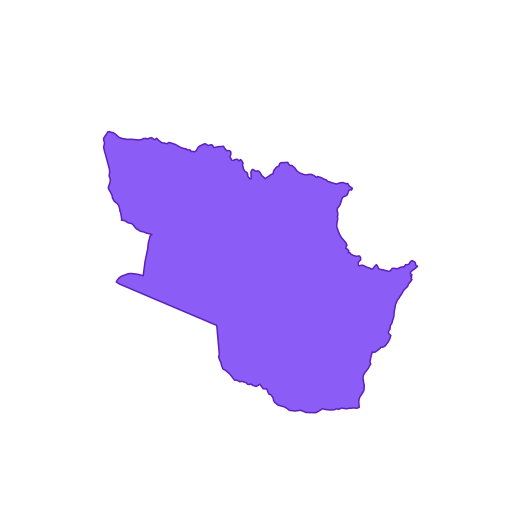 Togüí, Boyacá, Colombia (Natural Earth projection), rotated 149°
{"feature_id": "7082276B31863850614699", "entity_name": "Togüí", "entity_type": "district", "adm_level": 2, "iso_a3": "COL", "parent_name": "Colombia", "parent_adm1": "Boyacá", "projection": "natural_earth1", "projection_center": [-73.509, 5.918], "detail": "fine", "context": "isolated", "style": "filled", "palette": "violet", "viewbox_px": 512, "rotation_deg": 149, "n_neighbors": 0, "source": "geoboundaries", "source_scale": "gbopen_adm2", "svg_char_len": 6137}
<svg xmlns="http://www.w3.org/2000/svg" viewBox="0 0 512 512"><g transform="rotate(149 256 256)"><path d="M245.4,73.2L244.6,74.9L243.0,78.1L241.5,80.0L240.2,81.2L239.4,81.8L236.3,83.2L235.2,83.9L234.1,84.3L233.0,85.1L232.1,86.0L230.9,87.6L229.7,89.6L229.3,91.2L227.6,95.1L227.3,96.0L225.9,97.9L224.9,98.7L222.6,100.0L221.3,100.4L216.8,102.2L216.6,102.6L215.9,103.1L213.6,104.1L213.1,104.7L213.0,106.5L211.7,107.7L209.4,110.4L206.0,113.6L205.6,113.8L204.9,112.9L203.0,112.2L197.3,112.9L195.8,113.5L195.1,113.0L194.1,112.5L192.3,112.3L190.2,112.9L188.7,113.6L187.4,114.0L186.0,114.8L183.7,116.3L181.4,118.4L182.0,120.7L182.1,122.2L181.1,123.1L179.5,124.0L179.0,124.1L176.6,127.2L174.4,128.3L173.5,129.0L172.1,130.4L170.2,132.0L168.4,133.9L167.3,135.6L165.2,138.3L164.0,139.5L161.7,142.3L158.2,144.8L156.9,145.6L155.0,146.3L153.0,147.5L151.9,147.8L147.5,150.3L145.3,151.1L142.1,151.7L141.4,152.0L140.6,152.8L139.9,153.4L137.6,154.1L134.5,155.5L134.8,156.4L134.7,156.6L133.6,157.6L133.3,158.0L133.3,158.4L133.8,159.1L133.8,159.3L132.1,159.5L132.7,161.6L132.3,162.1L130.7,162.9L126.3,163.3L123.1,163.9L122.9,164.3L123.8,165.6L123.4,166.7L122.9,168.8L123.7,170.4L124.7,171.7L125.8,171.7L126.9,171.5L129.0,170.3L129.8,170.3L131.1,170.8L132.3,171.5L133.9,170.8L134.2,170.5L135.0,170.7L137.4,171.8L138.6,172.0L141.3,172.2L141.9,172.5L142.6,173.3L144.1,174.4L145.5,175.2L146.4,175.0L146.9,174.7L148.4,174.2L149.2,174.2L149.9,174.4L151.7,176.0L153.9,178.5L155.0,179.3L156.6,180.8L157.3,181.8L157.4,182.5L157.1,184.6L157.2,186.4L157.6,186.5L160.0,185.9L161.9,185.1L162.9,184.9L163.5,185.1L164.9,187.3L166.7,189.2L168.6,192.3L169.2,192.9L169.8,193.5L171.3,194.1L172.1,194.2L172.7,194.4L172.8,194.7L172.9,195.4L172.6,196.1L171.9,197.4L170.7,198.2L168.5,198.8L167.8,199.4L167.2,200.8L167.2,201.5L167.2,202.4L167.5,202.9L169.6,203.8L170.3,204.3L172.1,206.2L172.8,207.3L173.8,208.7L173.7,209.3L173.9,210.5L174.8,211.3L175.1,211.4L173.9,212.5L173.9,213.6L174.0,214.2L174.2,214.8L175.1,216.3L174.6,217.0L172.8,218.2L172.4,218.6L172.4,218.9L172.6,219.2L172.2,220.2L172.1,221.0L172.8,225.2L173.2,227.1L173.3,229.4L173.2,231.3L172.8,234.3L172.1,237.6L172.0,238.5L171.7,239.6L170.1,242.0L167.1,245.4L166.6,246.1L166.0,247.8L165.4,248.3L164.2,250.0L163.5,251.4L163.1,253.5L161.5,254.9L161.1,255.3L159.3,255.7L157.6,256.7L156.6,257.4L153.2,260.5L151.9,261.4L151.0,261.7L148.3,261.3L147.0,261.3L145.6,261.9L144.7,262.6L144.2,263.2L142.3,264.4L141.9,264.5L141.5,264.4L140.7,263.9L140.2,263.4L139.2,263.9L138.5,264.5L140.1,267.9L140.0,270.6L140.3,271.2L140.7,271.2L141.5,271.6L143.5,274.1L146.0,275.4L149.5,276.1L149.8,276.3L150.7,277.0L153.6,280.1L155.0,282.0L156.1,282.9L156.6,285.0L157.8,286.5L160.1,290.1L162.4,292.5L163.4,292.0L163.9,292.6L164.4,293.9L165.0,295.4L166.8,297.7L169.2,299.0L171.2,299.6L172.9,301.1L174.5,303.0L175.8,304.7L177.1,307.7L177.4,311.7L178.4,314.6L179.0,315.5L179.9,315.8L180.2,316.2L180.6,317.1L180.7,318.5L180.5,319.8L180.7,320.0L183.8,321.7L184.4,321.8L185.8,322.8L186.6,323.1L187.8,323.1L188.3,322.9L189.1,322.2L189.5,321.6L190.2,321.3L192.6,321.7L196.7,320.1L197.4,319.6L198.4,318.3L199.2,317.9L201.4,318.0L208.3,317.6L209.6,322.1L209.6,325.8L209.8,327.0L210.4,327.8L210.9,328.3L212.2,328.6L212.6,329.0L212.9,329.4L213.9,331.6L214.4,332.0L215.5,331.8L216.6,331.0L217.4,330.1L219.5,326.2L220.4,324.9L221.0,325.3L221.6,325.4L221.6,326.2L221.9,327.3L221.9,328.2L221.7,329.2L221.2,329.9L220.7,331.3L220.8,331.9L221.4,333.6L221.8,334.3L222.0,335.0L221.9,336.9L220.5,341.3L219.3,342.2L219.2,343.0L219.3,343.7L219.1,344.0L219.1,344.6L219.4,346.3L219.7,346.6L220.0,346.6L220.7,346.2L221.5,346.5L221.8,346.8L222.0,348.1L222.5,348.8L223.4,349.2L226.3,349.7L227.1,350.1L227.3,350.5L227.5,351.2L227.2,353.4L227.3,354.3L227.1,354.6L225.0,356.2L224.6,357.3L224.1,357.8L224.0,358.6L224.4,359.6L224.8,360.2L225.8,360.7L226.9,361.6L227.3,363.1L227.4,366.8L230.1,368.1L231.6,369.0L235.7,370.4L236.2,370.8L236.4,372.1L236.2,372.8L236.5,373.8L236.7,374.2L237.8,374.7L239.9,375.3L240.3,375.6L240.7,376.3L241.0,377.3L241.9,378.5L242.3,378.7L247.4,379.3L249.3,379.1L252.8,377.2L253.5,377.0L254.8,377.0L256.2,377.9L256.5,378.4L257.9,379.1L258.0,379.5L257.8,380.2L258.0,381.0L259.3,381.8L259.8,382.2L260.6,383.2L260.8,384.1L261.4,384.3L262.0,384.8L263.9,386.9L264.6,387.8L266.1,390.3L267.6,393.1L271.2,397.3L272.4,398.2L274.4,398.2L274.9,398.4L276.3,400.0L277.8,401.0L278.5,401.8L278.8,402.5L278.9,403.0L279.9,405.2L280.3,407.2L280.6,408.1L281.1,408.1L282.3,407.8L282.9,408.0L283.7,409.2L284.5,411.2L287.0,412.0L288.7,412.2L289.5,413.2L290.0,413.6L292.1,414.8L294.2,414.7L296.8,415.9L302.9,420.4L306.5,422.4L308.1,424.0L309.7,425.1L312.3,428.2L313.6,432.5L314.7,434.9L317.8,438.2L318.8,438.8L321.8,437.3L323.9,436.5L326.0,435.3L326.8,434.1L327.5,431.4L328.3,430.1L330.2,428.2L330.8,427.2L332.2,422.9L332.6,421.0L337.1,405.4L338.4,403.1L340.7,400.2L341.1,397.9L341.4,396.9L342.1,395.7L342.8,394.8L343.9,393.7L346.7,391.4L347.4,390.6L347.8,389.5L347.9,388.0L347.8,386.6L348.2,381.9L348.7,380.9L349.1,379.7L349.3,377.7L349.3,376.2L348.8,374.5L348.0,372.6L347.7,370.6L347.9,369.0L348.3,367.5L349.6,364.3L349.7,362.8L352.0,357.1L352.8,356.0L351.5,354.9L350.3,353.8L349.7,352.7L349.1,351.2L348.3,350.1L345.9,347.8L345.4,346.6L344.6,341.0L343.7,339.5L342.9,337.7L341.8,336.2L340.2,334.8L337.9,331.8L335.0,329.1L334.5,328.0L336.1,327.9L336.7,327.5L342.0,322.2L345.0,318.1L353.8,308.6L362.8,297.3L367.1,301.5L371.6,305.1L374.5,306.6L382.0,308.0L384.4,307.8L387.1,306.9L389.1,305.7L387.7,302.6L348.2,248.1L337.7,233.7L325.4,216.7L338.2,190.4L340.0,188.9L340.8,184.9L340.9,183.0L342.0,179.5L342.4,176.1L341.1,173.8L339.3,168.5L338.3,160.6L336.3,159.4L334.6,156.5L332.7,155.8L331.4,154.4L329.6,152.3L329.3,150.4L328.1,149.4L326.2,148.8L325.6,147.1L323.1,144.1L318.7,144.0L318.3,138.6L315.2,136.5L315.9,133.0L316.0,130.7L314.7,129.5L314.4,125.7L315.3,123.3L315.4,121.0L314.0,117.0L308.8,111.3L306.8,106.4L302.2,102.9L297.2,100.8L293.6,96.0L285.3,90.8L280.8,90.7L277.7,90.8L275.0,88.2L271.3,85.6L268.2,83.9L265.2,83.5L264.4,82.0L261.0,81.6L257.3,78.5L254.1,77.3L252.5,76.3L251.1,75.8L247.7,73.4L245.4,73.2Z" fill="#8b5cf6" stroke="#5b21b6" stroke-width="1.5"/></g></svg>